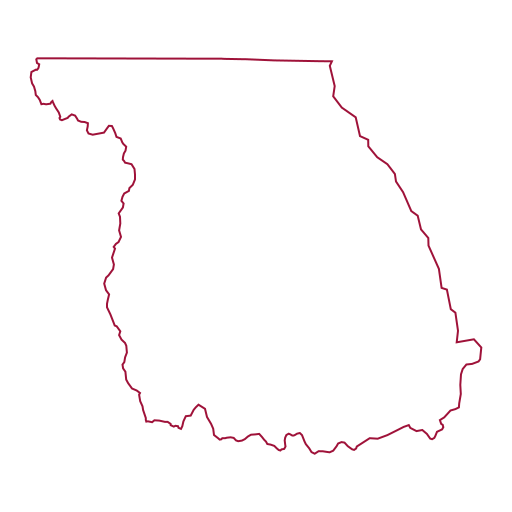 Jackson, Colorado, United States of America (Mercator projection)
{"feature_id": "52423323B6284215634036", "entity_name": "Jackson", "entity_type": "district", "adm_level": 2, "iso_a3": "USA", "parent_name": "United States of America", "parent_adm1": "Colorado", "projection": "mercator", "projection_center": [-106.44, 40.663], "detail": "fine", "context": "isolated", "style": "outline", "palette": "rose", "viewbox_px": 512, "rotation_deg": 0, "n_neighbors": 0, "source": "geoboundaries", "source_scale": "gbopen_adm2", "svg_char_len": 3389}
<svg xmlns="http://www.w3.org/2000/svg" viewBox="0 0 512 512"><path d="M37.3,58.3L36.3,59.3L37.0,63.0L39.2,64.3L38.7,67.0L38.2,68.5L36.9,69.9L36.0,69.6L31.4,72.0L30.7,77.4L32.1,83.4L34.0,86.6L35.3,91.1L35.8,95.0L38.0,97.2L39.8,100.0L41.0,103.2L41.4,104.2L43.4,103.8L46.1,104.3L50.4,103.7L51.4,101.9L52.5,101.0L52.8,101.9L54.6,105.8L56.0,108.2L58.8,112.5L60.3,116.8L59.5,118.0L60.1,119.5L61.9,120.2L65.1,118.9L67.7,117.9L68.6,116.7L71.7,114.4L75.1,115.6L77.1,118.7L78.0,120.5L81.2,121.8L84.6,122.0L87.9,123.2L87.7,126.4L86.9,130.3L88.5,133.5L92.7,134.7L104.0,132.6L106.9,128.5L108.9,125.8L111.9,126.0L113.1,128.3L115.2,133.0L116.5,136.9L120.7,138.5L122.3,142.4L123.3,143.9L126.2,146.7L125.5,150.7L123.9,153.4L123.0,157.1L122.8,159.6L124.1,161.0L125.1,162.7L127.5,163.2L131.5,164.2L134.5,169.0L135.0,174.6L135.0,179.4L132.8,184.8L129.4,188.1L128.9,190.9L124.2,193.5L122.5,196.8L121.4,200.8L123.6,203.5L122.9,207.5L118.7,213.4L120.0,216.8L120.3,223.5L119.1,230.4L121.0,236.9L118.5,242.1L115.9,243.9L113.7,246.9L115.0,248.6L112.0,257.6L113.9,264.5L113.1,269.1L108.5,275.4L106.1,277.6L104.2,283.6L106.0,290.2L109.1,294.4L107.8,299.8L107.0,303.8L107.0,307.3L110.4,314.4L113.6,322.6L114.7,325.5L116.7,326.3L120.3,331.3L119.1,335.1L121.5,339.6L125.0,342.9L126.3,345.8L126.9,352.6L125.1,357.3L124.3,362.1L122.5,364.6L123.1,368.4L125.4,371.7L126.2,379.6L128.1,383.1L132.0,388.5L136.7,390.5L140.0,393.0L139.1,394.7L140.2,401.2L142.5,406.3L143.1,410.0L145.8,418.0L145.8,419.9L146.3,421.6L147.9,421.3L152.1,422.2L154.4,420.3L159.3,420.6L165.1,421.9L167.7,421.9L170.6,423.9L170.7,425.2L173.8,426.6L175.4,425.8L178.0,426.2L178.5,427.8L181.0,428.9L182.3,426.2L183.4,421.4L185.8,416.2L190.7,415.6L193.7,409.8L195.8,407.3L198.5,404.7L205.0,408.8L207.0,417.0L211.1,423.9L213.2,428.7L214.0,435.0L218.1,438.2L219.7,439.6L221.3,439.3L222.3,438.2L225.1,438.2L226.9,437.7L230.6,437.3L233.7,437.9L236.0,440.4L238.2,441.2L241.9,440.6L244.9,439.1L247.9,436.5L251.0,434.7L255.3,434.4L259.2,433.9L262.0,437.0L264.1,439.7L266.0,441.6L267.3,444.0L270.6,444.6L274.3,445.9L276.8,448.4L278.7,450.0L280.4,450.5L281.5,449.4L284.2,448.9L285.5,446.5L285.2,444.7L284.7,440.4L285.2,437.6L286.4,435.0L288.7,433.7L290.2,434.3L292.2,435.5L293.8,435.5L295.1,434.9L297.0,433.7L299.8,433.0L302.0,435.1L303.0,437.6L304.5,441.4L305.8,444.1L309.2,448.3L311.5,452.1L314.7,453.7L318.6,451.2L323.0,451.3L326.8,451.9L329.6,452.3L333.2,450.7L336.6,446.2L338.1,443.5L341.5,442.1L344.5,442.6L347.8,446.2L352.1,449.3L354.1,449.9L356.1,448.5L356.8,446.5L362.1,443.1L369.7,438.2L377.7,438.7L387.4,435.1L398.0,429.8L403.7,426.9L408.8,425.1L410.3,427.9L416.5,431.1L422.3,430.0L426.9,433.9L430.2,438.6L432.1,439.2L434.3,437.9L435.3,436.0L437.0,431.8L442.1,429.4L443.3,427.2L442.7,424.8L441.2,423.9L439.9,420.1L444.2,417.4L450.5,410.5L455.4,409.1L458.9,407.4L459.2,403.4L460.8,394.0L460.3,384.9L461.0,374.3L462.7,369.0L466.4,364.5L472.1,363.9L478.5,361.5L480.1,359.3L481.3,347.5L473.9,339.3L456.7,342.3L458.0,330.8L455.4,312.7L450.8,309.2L446.9,289.6L441.6,287.9L438.9,268.9L428.5,245.6L428.3,238.0L421.0,229.4L417.7,215.7L411.3,211.1L403.1,192.2L396.0,181.5L394.9,174.0L387.4,164.2L377.2,157.2L368.3,146.3L368.2,139.8L360.0,136.1L355.7,117.3L341.8,107.6L333.2,96.3L334.7,86.1L329.8,65.8L331.9,61.3L320.0,61.2L274.2,60.4L245.5,59.2L243.0,59.2L225.8,58.9L222.9,58.8L222.0,58.7L215.6,58.7L37.3,58.3Z" fill="none" stroke="#9f1239" stroke-width="2"/></svg>